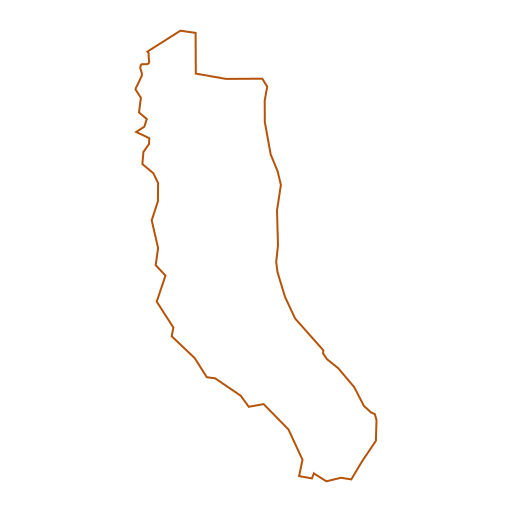 Calvert, Maryland, United States of America
{"feature_id": "52423323B93110691068578", "entity_name": "Calvert", "entity_type": "district", "adm_level": 2, "iso_a3": "USA", "parent_name": "United States of America", "parent_adm1": "Maryland", "projection": "equal_earth", "projection_center": [-76.573, 38.545], "detail": "fine", "context": "isolated", "style": "outline", "palette": "amber", "viewbox_px": 512, "rotation_deg": 0, "n_neighbors": 0, "source": "geoboundaries", "source_scale": "gbopen_adm2", "svg_char_len": 1089}
<svg xmlns="http://www.w3.org/2000/svg" viewBox="0 0 512 512"><path d="M311.9,478.4L313.9,473.4L314.0,473.5L322.4,478.8L326.4,481.3L340.0,478.0L340.8,477.8L341.1,477.8L351.3,479.4L362.2,461.1L375.9,440.8L376.5,419.9L374.8,414.1L371.0,412.4L363.9,405.9L354.2,387.1L338.2,368.2L327.0,359.2L324.2,355.1L323.1,353.6L323.3,350.3L295.1,318.5L284.9,296.6L277.5,272.1L276.2,261.9L278.0,245.2L277.0,210.5L280.9,184.9L277.6,171.2L270.7,154.5L264.8,122.0L264.7,100.6L267.2,86.6L262.3,78.7L226.0,78.9L195.8,73.6L195.6,32.9L180.4,30.7L147.4,51.6L148.6,53.1L148.6,56.3L149.2,61.8L148.6,63.4L146.9,64.2L141.7,64.2L140.9,65.0L140.3,67.0L140.4,68.6L141.8,73.1L141.9,75.4L137.7,84.5L136.1,87.5L135.5,89.4L140.9,97.8L139.0,112.5L146.8,119.0L144.3,126.7L136.2,132.0L149.3,138.2L149.0,144.0L143.4,152.0L142.4,164.1L153.4,173.3L158.1,183.1L157.9,201.4L151.7,220.3L158.1,248.1L155.7,265.2L165.5,275.6L156.7,301.6L173.4,327.6L171.7,336.3L194.7,358.1L206.8,377.2L215.1,378.3L240.8,395.8L248.8,406.8L263.6,404.1L288.5,429.5L302.5,459.8L299.1,476.1L311.9,478.4Z" fill="none" stroke="#b45309" stroke-width="2"/></svg>